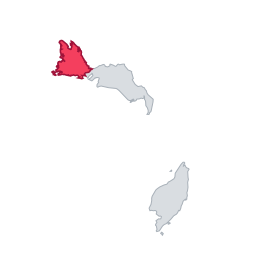 location of Sabah within Malaysia, rotated 239°
{"feature_id": "MYS-1186", "entity_name": "Sabah", "entity_type": "State", "adm_level": 1, "iso_a3": "MYS", "parent_name": "Malaysia", "parent_adm1": "", "projection": "mercator", "projection_center": [117.356, 5.751], "detail": "fine", "context": "in_parent", "style": "filled", "palette": "rose", "viewbox_px": 256, "rotation_deg": 239, "n_neighbors": 0, "source": "natural_earth", "source_scale": "10m", "svg_char_len": 9077}
<svg xmlns="http://www.w3.org/2000/svg" viewBox="0 0 256 256"><g transform="rotate(239 128 128)"><path d="M218.6,127.4L217.2,127.1L215.3,125.9L213.3,125.5L207.6,125.5L206.7,125.1L205.6,125.8L203.6,125.2L202.5,125.3L201.2,126.0L199.4,125.4L198.6,126.5L197.4,127.1L196.2,130.0L195.9,133.4L196.2,135.5L195.6,136.6L195.3,139.0L194.9,140.1L193.3,140.5L192.6,140.2L191.1,141.7L190.8,142.3L190.7,144.6L191.9,145.3L191.8,145.8L189.5,147.7L187.4,148.9L187.1,149.8L187.9,151.9L187.6,152.8L186.5,153.3L185.7,155.9L184.8,157.6L184.4,157.8L183.0,157.2L177.6,158.0L176.0,159.3L174.5,160.2L173.2,159.4L172.6,159.4L167.6,158.0L167.4,156.7L166.9,156.5L161.7,156.6L158.4,157.9L157.2,161.2L155.5,161.6L154.2,162.7L152.0,162.6L150.6,162.9L148.4,162.3L146.3,162.3L139.7,164.4L137.5,162.9L131.1,157.0L130.2,156.0L130.0,154.1L129.2,153.8L129.0,153.3L128.9,152.8L129.9,151.3L130.9,153.2L132.5,154.3L135.3,155.0L137.9,154.8L141.6,156.7L142.7,157.0L144.0,156.9L146.3,158.3L147.7,158.4L145.8,157.4L145.5,156.6L145.7,155.7L146.9,154.6L147.1,152.7L148.0,150.9L148.2,150.1L147.5,149.4L147.4,148.3L147.9,146.8L149.1,147.6L150.1,147.4L150.1,144.6L150.9,143.3L152.1,142.5L164.6,139.7L166.6,139.0L168.0,138.2L172.5,132.2L177.8,126.6L178.5,124.6L178.5,123.2L178.8,122.9L179.4,122.7L180.6,123.4L181.2,123.9L182.3,126.4L183.3,126.4L185.1,128.7L185.5,129.0L186.0,128.9L187.3,127.4L187.7,126.3L187.4,126.2L188.0,124.9L187.5,124.1L187.0,121.3L190.1,119.2L190.1,121.6L191.0,124.9L192.6,125.4L193.4,125.2L192.9,124.2L192.8,122.2L192.4,120.9L191.4,119.2L194.0,118.8L196.0,117.0L196.3,115.9L195.0,115.2L194.5,114.4L194.5,113.5L196.6,111.3L196.8,111.9L198.1,112.1L198.7,112.1L199.6,111.2L200.1,110.0L201.7,108.2L202.5,105.4L206.5,101.0L209.7,95.8L210.3,96.2L210.5,97.6L209.8,100.1L211.2,99.5L213.6,96.0L215.0,96.6L214.9,97.5L215.4,99.3L219.4,101.6L219.9,103.8L219.0,104.7L219.4,106.9L219.0,107.5L217.8,108.2L221.3,107.5L223.4,106.3L224.6,108.4L222.6,109.3L223.0,110.2L224.9,109.6L226.1,108.9L227.3,109.1L229.1,109.9L229.6,110.4L230.0,111.5L231.3,111.8L234.0,113.3L236.5,113.3L237.3,114.0L237.3,115.9L236.0,117.0L230.8,118.5L229.5,118.5L227.6,117.9L226.2,118.2L225.4,120.0L226.9,121.8L229.6,123.7L230.0,124.1L229.4,125.0L223.4,126.5L222.2,126.3L219.9,125.5L218.6,127.4ZM23.7,101.9L24.4,99.3L25.3,99.2L26.2,100.7L29.4,101.8L30.4,101.5L30.8,101.7L31.2,102.1L32.1,104.1L34.1,104.2L34.4,107.4L33.5,108.6L33.3,109.4L34.8,111.0L35.7,110.6L36.4,109.2L39.8,107.9L41.1,109.4L42.4,109.4L43.3,108.8L44.0,107.1L45.3,105.8L45.8,104.2L47.8,104.6L48.5,104.9L50.7,108.4L53.5,110.9L55.7,112.2L57.0,113.5L60.5,119.8L60.9,121.8L61.1,124.9L60.6,129.6L59.9,131.9L60.0,133.0L60.9,134.7L60.7,136.2L60.8,141.2L61.9,143.0L64.9,145.2L69.5,154.7L70.3,157.5L69.8,158.5L69.0,158.7L68.3,158.2L67.9,156.9L66.8,155.9L66.9,157.7L65.0,157.5L63.6,157.8L62.0,159.1L61.2,159.1L59.9,156.7L54.7,154.0L52.8,153.3L50.8,151.2L46.3,148.9L43.5,146.6L42.3,145.2L39.4,144.0L38.1,142.6L36.8,141.8L37.5,140.4L36.9,137.6L34.8,135.2L33.8,133.5L31.9,131.8L30.4,129.7L31.3,129.0L29.8,126.8L29.2,125.1L29.2,122.0L27.7,117.6L26.3,111.5L26.6,109.4L26.2,107.1L23.7,101.9ZM213.7,93.8L213.1,94.3L212.9,92.7L213.8,91.9L215.1,91.7L215.1,93.2L214.8,93.6L213.7,93.8ZM20.7,101.7L21.5,102.9L20.9,103.5L20.4,103.4L19.5,103.9L18.6,102.8L18.4,102.2L19.6,102.3L20.7,101.7ZM149.5,147.0L149.2,147.2L148.7,146.8L148.5,143.4L148.9,143.1L149.4,143.7L149.5,147.0ZM26.2,113.5L25.3,115.1L24.5,114.9L24.7,113.1L25.1,112.9L26.2,113.5ZM222.0,127.2L220.5,127.4L219.4,127.4L219.5,126.5L220.1,126.4L222.0,127.2ZM69.5,143.5L68.7,143.5L68.5,143.1L69.1,141.9L69.5,143.5ZM37.1,140.6L36.5,140.8L36.6,140.1L37.0,139.7L37.1,140.6Z" fill="#d9dde1" stroke="#a8b0b8" stroke-width="1"/><path d="M207.6,125.6L207.4,125.6L206.9,124.9L206.4,125.4L206.5,125.7L206.2,125.8L206.0,125.7L205.7,126.0L205.4,126.0L205.0,125.3L204.8,125.3L204.5,125.0L203.5,125.3L202.4,125.1L202.2,125.4L201.2,126.3L201.0,126.2L200.9,126.1L200.7,125.6L200.3,125.4L199.6,125.4L199.5,125.0L199.4,124.9L199.1,125.1L199.0,125.4L199.0,126.1L198.5,126.5L198.4,126.8L198.0,126.6L197.4,127.2L197.2,127.3L197.0,127.7L196.8,127.2L196.8,126.8L197.3,126.2L197.3,125.7L197.0,125.2L196.6,125.1L196.4,124.9L196.4,124.3L196.1,123.7L196.0,122.9L196.5,122.0L196.6,121.2L197.0,120.7L197.2,120.1L196.9,118.8L196.8,118.6L196.6,118.5L195.6,118.6L194.5,118.5L195.2,117.8L195.8,117.6L196.0,117.3L196.2,116.2L196.6,115.7L196.1,115.8L195.7,115.8L195.3,115.6L194.3,114.7L194.2,114.4L193.9,114.6L194.0,113.8L194.2,113.5L194.9,113.0L195.2,112.6L196.0,112.0L196.4,111.2L196.6,111.0L196.4,111.9L196.6,112.3L196.7,111.7L197.1,112.1L197.4,112.2L198.3,112.2L199.0,112.1L199.3,111.8L199.8,110.9L200.1,109.7L201.4,108.8L201.6,108.7L201.7,107.7L202.4,106.5L202.6,106.1L202.4,105.7L202.2,105.8L202.1,105.7L202.7,105.2L203.2,104.4L203.5,104.2L203.8,104.1L204.2,104.3L204.3,104.2L204.3,103.8L204.1,103.8L203.6,103.9L203.9,103.7L204.2,103.4L204.5,103.4L204.7,102.9L204.9,102.6L206.2,101.5L206.6,101.3L206.8,100.5L207.2,100.3L208.1,99.0L208.2,98.8L208.2,98.0L208.4,97.7L208.5,97.0L208.8,96.9L208.9,96.7L209.0,95.9L209.3,95.5L209.5,95.4L209.8,95.6L210.3,95.9L210.4,96.1L210.5,96.9L210.2,96.7L210.0,97.2L210.5,97.5L210.5,98.1L210.4,98.4L209.8,99.4L209.7,99.8L209.7,100.2L210.2,100.3L210.4,100.2L210.7,99.8L211.9,98.9L212.0,98.4L212.3,98.0L212.7,97.5L212.8,97.4L212.5,96.7L212.5,96.4L212.9,96.3L213.1,96.2L213.0,95.9L213.0,95.7L213.5,95.8L213.8,95.6L214.3,95.8L214.9,96.2L215.0,96.3L215.0,97.1L214.9,97.2L214.8,97.3L214.7,97.7L214.8,97.9L215.2,98.4L215.3,99.3L215.5,99.7L215.6,99.8L216.2,99.9L216.9,100.5L217.3,100.7L217.5,100.7L218.0,99.9L218.2,100.4L218.5,100.7L218.4,100.7L218.4,100.8L218.6,100.9L218.9,101.1L219.0,101.1L219.3,101.0L219.7,101.4L219.9,101.8L220.0,101.8L220.1,101.7L220.3,101.8L220.3,102.1L220.5,102.5L220.3,102.8L220.4,103.1L220.2,104.0L219.7,104.0L219.0,104.5L218.9,104.7L218.9,104.8L219.2,105.1L219.3,105.6L219.5,105.7L219.6,106.0L219.3,106.3L219.2,106.4L219.3,106.6L219.6,106.7L219.7,107.0L219.1,107.6L217.7,108.1L217.4,108.4L218.5,108.0L219.3,108.0L220.1,107.9L220.8,107.9L220.8,107.5L220.9,107.4L221.3,107.5L222.0,107.4L222.7,106.8L223.0,106.3L223.3,106.2L223.5,106.2L223.9,106.6L223.9,106.9L224.1,107.0L224.2,107.6L224.7,108.4L224.4,108.9L224.0,109.0L223.7,109.0L223.3,109.0L222.6,109.0L222.4,109.0L222.3,109.3L222.5,109.4L222.8,110.3L223.9,110.0L224.2,110.2L224.5,110.1L224.8,110.4L225.0,110.2L225.2,109.5L225.1,109.2L225.3,109.1L225.8,109.0L226.2,108.8L226.5,108.9L227.1,109.2L227.4,109.0L227.9,109.2L230.0,110.4L230.0,110.6L229.8,110.8L229.6,111.7L229.6,112.0L230.0,111.6L230.1,111.2L230.3,111.0L230.6,111.0L230.8,111.1L231.5,112.0L232.0,112.1L232.3,112.2L232.5,112.7L232.6,112.4L233.1,112.8L233.6,113.0L233.8,113.2L233.8,113.5L233.6,113.6L234.1,113.7L234.3,113.5L234.2,113.3L234.3,113.2L234.6,113.2L235.1,113.5L235.4,113.5L236.3,113.1L236.6,113.0L236.9,113.3L237.5,114.0L237.6,114.5L237.4,115.0L237.5,115.8L236.7,116.7L236.2,116.9L234.2,117.6L232.1,118.3L231.4,118.6L230.9,118.7L230.4,118.5L229.7,118.4L229.0,118.9L228.9,118.9L228.7,118.8L228.1,117.9L227.5,117.6L227.4,117.7L226.7,118.1L226.6,118.3L226.1,118.2L225.7,118.5L224.8,119.4L224.8,119.7L225.3,120.0L225.8,120.8L226.4,121.5L227.0,122.0L227.6,122.1L227.8,122.4L227.9,122.6L228.1,122.6L228.1,122.4L228.3,122.4L228.6,122.6L228.8,122.9L228.6,123.3L228.9,123.6L229.0,123.7L229.5,123.3L230.0,123.5L230.5,124.3L230.3,124.6L229.9,124.5L230.0,124.7L229.9,124.8L229.5,125.2L227.7,125.4L227.4,125.4L227.3,125.2L227.0,125.5L226.0,125.8L225.1,125.9L223.4,126.7L223.1,126.7L222.1,126.4L221.7,126.0L221.3,125.9L221.2,125.6L220.3,125.3L220.1,125.2L219.6,124.5L218.9,125.0L219.0,125.1L219.2,125.8L219.4,126.1L219.5,126.2L219.3,126.5L219.0,126.7L218.8,127.0L219.2,127.3L218.9,127.3L218.5,127.5L218.2,127.3L217.7,127.4L217.0,127.2L216.8,127.1L216.1,126.4L215.2,125.9L214.8,125.6L214.6,125.3L214.4,125.3L214.0,125.6L211.9,125.6L211.3,125.4L210.9,125.4L210.0,125.6L209.5,125.5L209.1,125.2L208.9,125.2L208.6,125.5L208.2,125.6L207.9,125.4L207.6,125.6ZM213.8,91.9L214.9,91.6L215.2,91.7L215.3,91.9L215.2,93.0L215.1,93.4L214.9,93.6L214.7,93.5L213.7,93.8L213.3,94.0L213.1,94.4L213.0,94.5L212.8,93.4L212.9,93.1L212.9,92.5L213.3,92.3L213.8,91.9ZM220.0,127.5L219.3,126.9L219.3,126.7L219.6,126.5L220.0,126.3L220.9,126.5L221.3,127.0L222.2,127.3L222.3,127.5L220.4,127.5L220.0,127.5ZM217.4,98.3L217.9,99.0L217.8,99.3L217.4,99.7L217.1,99.7L216.4,99.7L216.0,99.5L216.0,99.3L216.1,99.2L216.8,99.2L217.1,99.0L217.2,98.8L217.1,98.7L216.7,98.7L216.8,98.4L217.2,98.4L217.4,98.3ZM229.0,122.0L229.2,121.8L229.5,121.8L230.0,122.1L229.7,122.3L229.7,122.6L229.4,122.3L229.3,122.6L228.9,122.3L228.5,122.2L228.3,122.1L227.2,121.8L227.2,121.7L228.1,121.7L228.4,121.5L228.6,121.5L228.8,121.9L229.0,122.0ZM212.2,91.6L212.3,91.8L212.4,92.1L212.4,92.3L212.3,92.5L212.1,92.3L211.9,92.4L211.8,92.6L212.0,92.8L210.9,93.1L211.1,93.3L210.9,93.5L210.5,93.4L211.0,92.4L211.7,92.2L212.2,91.6ZM230.9,123.7L231.7,123.9L231.8,124.0L231.1,124.2L230.9,124.4L230.8,124.1L230.6,123.9L230.5,123.7L230.9,123.7ZM225.8,108.5L226.0,108.7L225.9,108.8L225.4,108.9L225.2,108.8L225.1,108.7L225.3,108.5L225.8,108.5Z" fill="#f43f5e" stroke="#9f1239" stroke-width="1.5"/></g></svg>